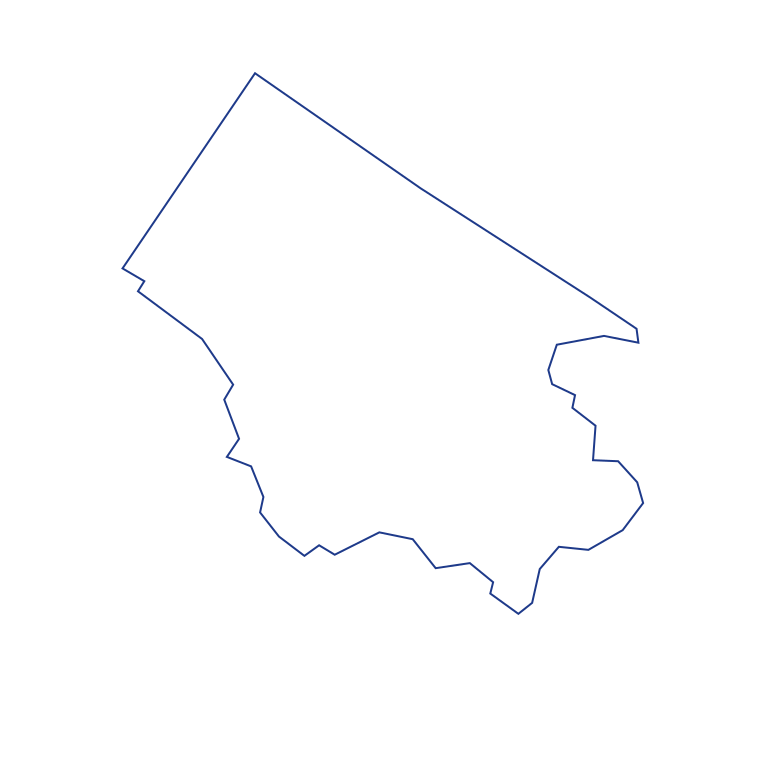 Clear Creek, Colorado, United States of America, rotated 214°
{"feature_id": "52423323B93273750320720", "entity_name": "Clear Creek", "entity_type": "district", "adm_level": 2, "iso_a3": "USA", "parent_name": "United States of America", "parent_adm1": "Colorado", "projection": "robinson", "projection_center": [-105.736, 39.708], "detail": "fine", "context": "isolated", "style": "outline", "palette": "blue", "viewbox_px": 768, "rotation_deg": 214, "n_neighbors": 0, "source": "geoboundaries", "source_scale": "gbopen_adm2", "svg_char_len": 694}
<svg xmlns="http://www.w3.org/2000/svg" viewBox="0 0 768 768"><g transform="rotate(214 384 384)"><path d="M104.4,396.3L102.6,430.2L119.1,444.1L146.7,450.9L168.1,437.7L185.3,467.7L214.5,469.6L219.4,481.6L244.5,477.9L255.6,487.5L262.7,513.2L228.5,546.9L196.2,560.5L205.5,571.0L262.0,571.0L463.1,566.7L664.7,569.5L665.4,333.6L640.2,335.2L639.8,323.3L560.0,319.6L508.7,299.1L507.7,281.7L473.5,257.5L473.5,235.7L448.1,241.4L420.8,222.9L414.9,208.2L385.8,198.8L353.9,197.0L347.6,214.0L329.4,214.9L304.9,258.4L273.4,271.4L238.2,260.2L212.7,283.5L182.7,280.7L178.7,269.7L144.1,268.6L138.8,285.4L151.4,317.7L148.0,346.8L121.8,360.8L104.4,396.3Z" fill="none" stroke="#1e3a8a" stroke-width="2"/></g></svg>